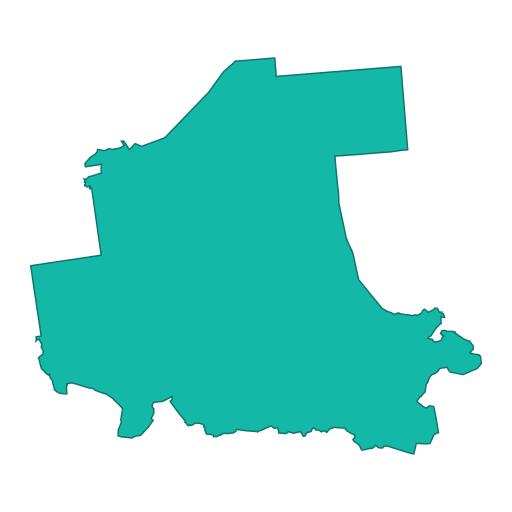 Vecumnieku pag., Vecumnieku, Latvia
{"feature_id": "27541924B63296928652800", "entity_name": "Vecumnieku pag.", "entity_type": "district", "adm_level": 2, "iso_a3": "LVA", "parent_name": "Latvia", "parent_adm1": "Vecumnieku", "projection": "albers", "projection_center": [24.515, 56.627], "detail": "fine", "context": "isolated", "style": "filled", "palette": "teal", "viewbox_px": 512, "rotation_deg": 0, "n_neighbors": 0, "source": "geoboundaries", "source_scale": "gbopen_adm2", "svg_char_len": 5960}
<svg xmlns="http://www.w3.org/2000/svg" viewBox="0 0 512 512"><path d="M407.5,452.4L413.7,454.0L414.6,450.7L416.1,444.1L416.9,443.4L426.3,443.9L430.0,443.5L433.7,435.2L435.7,433.5L438.5,432.8L435.6,415.6L435.2,413.7L433.8,406.7L433.7,406.5L429.1,405.8L427.4,407.5L425.6,408.0L424.1,407.1L423.0,406.5L417.0,401.5L417.2,400.8L419.5,397.3L419.6,397.0L419.5,396.6L420.5,396.8L420.8,396.8L423.8,393.1L424.9,392.3L424.9,392.1L425.5,389.9L425.6,387.9L426.0,386.2L426.2,384.7L426.5,383.8L427.6,382.6L427.4,382.2L427.9,381.6L428.3,380.7L429.1,378.0L431.3,375.1L433.2,374.1L435.2,373.5L437.8,371.3L439.2,369.3L440.8,368.2L446.0,367.5L446.8,367.1L449.8,371.9L463.1,374.6L473.8,369.9L477.0,368.7L481.3,363.6L480.8,359.1L480.5,356.2L478.6,355.1L478.7,354.7L473.2,354.0L469.8,352.7L471.5,350.8L472.1,350.4L472.6,349.7L473.3,349.3L473.2,346.8L473.0,345.5L469.8,341.6L469.4,341.0L467.5,340.8L466.7,340.2L464.9,339.5L464.3,339.4L461.5,337.4L460.7,336.5L459.3,336.2L457.3,334.3L455.6,333.6L455.3,332.6L455.0,333.1L454.2,332.6L453.9,331.5L447.0,331.3L445.3,330.4L443.8,330.4L442.7,330.5L441.7,330.9L440.5,333.6L441.4,334.2L441.9,335.1L443.8,336.0L442.0,337.8L441.7,340.0L441.2,340.2L438.7,341.4L435.2,342.0L433.8,341.8L432.4,339.4L427.9,338.3L428.9,336.8L431.3,335.7L432.2,333.8L433.4,332.1L435.6,328.9L435.9,328.1L436.1,328.1L439.2,324.9L441.3,323.2L440.9,322.4L441.0,320.1L440.9,316.7L443.9,317.4L444.6,317.4L443.5,313.9L441.8,313.9L442.0,312.1L439.3,312.2L437.7,308.8L436.3,308.0L434.6,308.3L433.3,309.9L428.4,312.1L427.9,312.1L424.8,309.3L424.7,309.2L423.9,309.5L422.6,310.6L422.6,310.8L422.3,311.4L421.6,313.0L420.3,313.9L419.7,314.1L419.3,314.4L418.0,314.8L417.7,315.4L416.2,315.4L416.1,315.1L414.5,314.9L414.1,315.2L413.7,315.3L411.5,315.7L411.2,315.5L409.0,314.9L407.2,314.9L404.2,314.4L400.9,314.0L399.4,313.3L399.0,313.3L398.4,312.9L397.8,313.0L394.6,314.5L393.4,313.8L391.1,312.7L388.8,311.9L386.5,311.4L386.6,311.0L382.1,308.4L381.9,308.4L380.3,306.2L375.6,300.4L375.3,300.1L360.5,282.0L358.7,279.9L354.9,262.8L354.2,259.2L353.0,253.6L352.2,251.8L351.3,250.5L351.8,250.6L347.3,241.0L346.9,239.5L346.5,239.7L346.5,239.2L338.9,203.4L338.6,194.6L337.3,182.8L335.6,164.5L334.9,156.1L355.9,154.6L380.7,152.6L390.2,151.9L402.4,150.2L407.7,149.8L400.9,66.4L276.2,76.4L275.5,67.0L275.4,66.1L275.3,65.3L274.8,58.0L235.0,61.2L234.8,61.8L223.5,71.8L208.4,92.6L205.6,95.4L165.2,137.4L164.7,137.7L163.7,138.2L145.1,145.1L144.2,145.3L144.1,145.5L141.6,146.4L135.1,143.6L129.7,149.4L129.3,149.6L123.7,141.0L121.4,141.2L124.0,145.4L121.1,147.5L120.0,148.0L112.4,149.5L109.0,148.7L104.5,150.7L97.5,149.5L97.3,151.7L96.0,153.2L94.8,154.5L90.8,157.0L88.8,159.0L85.7,162.7L85.0,163.3L85.2,166.3L85.5,166.8L101.7,164.3L101.0,168.2L101.5,173.0L88.8,176.9L88.7,176.7L87.6,178.0L86.8,178.8L85.4,179.2L84.1,179.0L85.4,181.1L84.4,182.0L85.0,182.3L85.4,183.4L85.3,184.1L84.7,184.8L84.6,185.5L85.0,186.0L87.1,186.9L87.9,186.8L88.7,186.2L89.6,185.8L90.1,185.9L90.2,186.5L90.1,187.0L89.6,187.7L89.4,188.2L89.6,188.6L90.0,188.8L90.3,188.8L91.7,187.9L93.0,197.5L101.2,255.2L30.7,265.7L38.1,315.7L38.4,316.9L40.6,332.4L40.6,332.8L41.2,336.0L36.2,336.8L36.2,340.6L36.1,340.9L37.2,340.0L38.7,339.1L38.9,339.1L42.1,344.7L42.1,344.8L41.2,346.5L41.2,347.1L43.2,351.0L43.1,354.0L39.5,356.7L38.4,358.1L38.9,358.6L40.5,365.4L41.4,368.5L41.5,368.5L43.2,370.5L43.8,370.7L46.0,373.3L46.1,373.1L48.4,375.1L49.4,374.2L50.2,377.7L52.6,381.2L53.1,384.3L54.6,389.1L54.2,389.3L54.3,389.4L56.5,391.6L60.2,393.4L66.8,393.9L66.4,385.5L67.3,385.2L67.0,383.5L71.9,382.9L79.9,385.1L82.8,386.1L89.4,388.0L89.5,388.1L90.0,387.8L94.3,389.0L94.8,390.1L98.6,391.6L106.7,394.3L110.9,397.2L112.3,398.0L114.5,400.4L118.4,404.0L122.5,408.5L122.6,408.8L120.8,419.4L120.8,419.8L121.4,422.3L118.4,429.5L118.0,435.7L118.3,435.8L122.1,437.1L123.0,436.9L131.8,438.0L135.5,436.1L140.0,435.5L140.8,435.1L148.1,427.4L153.2,420.3L152.3,419.8L151.5,419.1L151.4,418.7L151.6,417.9L152.0,416.9L152.6,415.8L153.2,414.6L153.8,412.8L153.8,411.4L153.7,410.2L153.8,409.4L153.7,408.6L152.7,407.6L152.3,406.5L152.1,406.0L152.9,403.4L153.5,402.3L162.4,401.4L163.2,401.1L172.1,396.5L172.2,399.4L170.1,401.3L176.6,410.3L181.1,416.1L182.0,417.2L182.2,417.3L185.5,421.6L185.0,422.2L185.7,422.5L186.0,422.8L186.4,423.7L187.7,425.4L188.5,425.8L188.8,425.8L189.0,425.7L189.7,424.7L189.9,424.7L190.5,424.8L190.8,425.1L190.9,425.4L191.6,425.4L193.2,424.5L195.0,423.2L196.0,423.0L197.7,423.3L199.0,423.1L199.7,423.3L200.7,423.8L201.4,424.0L202.2,423.9L202.9,424.2L203.5,424.7L203.8,424.9L204.0,425.3L204.0,425.8L203.7,426.3L203.6,426.7L203.9,427.2L204.5,427.8L204.9,428.3L205.0,428.9L204.8,430.3L205.5,431.6L206.0,433.3L206.2,433.6L207.2,434.3L210.0,434.3L212.9,434.9L213.4,435.4L213.6,436.7L214.2,436.8L215.3,436.4L216.6,436.7L218.8,435.5L219.8,435.4L220.2,435.2L220.6,435.2L222.1,434.0L223.7,433.4L225.2,433.2L226.4,433.7L233.2,432.9L233.7,432.7L235.8,431.3L236.3,429.7L236.6,429.4L238.9,429.8L246.8,430.8L255.4,431.4L256.0,431.6L257.6,431.4L257.7,431.6L257.8,431.3L260.7,430.5L264.6,428.8L264.5,428.4L268.0,427.4L268.4,427.0L271.1,425.9L274.3,428.4L277.7,427.6L279.0,433.2L279.6,433.1L286.0,433.6L288.6,431.7L293.1,433.2L294.5,433.0L299.6,431.8L300.2,431.8L301.3,432.4L303.0,435.8L303.3,436.2L303.7,436.2L304.7,436.1L305.3,435.6L305.4,435.4L306.4,433.1L306.9,432.7L311.1,431.5L312.3,428.6L312.6,428.1L314.1,428.2L315.2,428.9L315.3,429.4L315.5,429.8L316.0,430.0L317.9,430.0L319.3,430.3L320.9,431.7L321.4,431.8L322.3,431.1L325.1,431.0L326.3,432.3L326.7,432.4L329.6,429.1L334.5,427.3L338.5,427.8L344.7,428.1L346.5,430.5L350.2,432.9L353.7,434.5L354.8,435.2L355.0,435.9L354.8,437.2L354.3,438.0L353.3,439.0L353.0,439.3L353.1,439.6L353.5,440.7L353.9,441.4L357.1,443.3L357.7,443.8L359.8,446.1L361.4,449.7L361.9,450.0L362.3,450.1L363.4,449.9L369.2,448.6L370.1,448.2L371.7,448.5L372.1,448.4L374.3,446.8L375.1,445.6L375.5,445.4L376.0,445.5L378.7,447.8L382.5,448.0L383.8,446.3L387.6,446.0L391.0,447.2L407.5,452.4Z" fill="#14b8a6" stroke="#0f766e" stroke-width="1.5"/></svg>